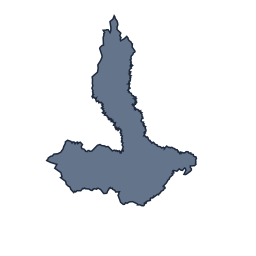 Babahoyo, Los Rios, Ecuador (orthographic projection), rotated 215°
{"feature_id": "8360857B44096543508351", "entity_name": "Babahoyo", "entity_type": "district", "adm_level": 2, "iso_a3": "ECU", "parent_name": "Ecuador", "parent_adm1": "Los Rios", "projection": "orthographic", "projection_center": [-79.421, -1.876], "detail": "fine", "context": "isolated", "style": "filled", "palette": "slate", "viewbox_px": 256, "rotation_deg": 215, "n_neighbors": 0, "source": "geoboundaries", "source_scale": "gbopen_adm2", "svg_char_len": 5889}
<svg xmlns="http://www.w3.org/2000/svg" viewBox="0 0 256 256"><g transform="rotate(215 128 128)"><path d="M124.4,147.2L125.8,147.5L125.6,148.3L126.4,147.9L126.5,148.5L127.1,148.4L127.5,149.1L127.7,148.5L129.0,148.7L128.9,148.2L130.5,148.8L131.9,148.2L132.2,147.4L132.6,148.0L133.2,147.2L133.6,148.4L134.1,148.0L134.4,148.7L137.4,149.4L137.4,150.0L137.9,150.0L137.7,150.4L136.1,150.5L136.3,151.1L135.6,151.6L136.5,152.4L135.9,152.8L136.5,153.2L135.8,153.8L136.6,154.1L136.5,154.7L137.3,154.5L137.7,155.4L138.0,154.8L138.4,155.4L139.3,155.4L138.6,155.8L139.0,156.3L138.6,156.9L139.2,156.8L139.3,157.8L141.0,157.2L141.1,156.9L142.0,157.5L143.2,156.9L145.2,158.2L147.2,157.8L147.6,158.4L148.3,158.0L148.5,158.6L149.4,159.2L149.8,159.0L149.7,160.5L149.2,161.3L150.1,161.4L149.8,162.0L150.5,162.1L152.0,164.4L153.0,164.1L152.6,164.6L153.0,165.1L152.2,165.4L153.6,166.4L153.9,167.4L153.2,167.8L154.1,169.6L154.9,169.8L154.8,170.4L155.4,170.8L155.0,171.4L156.4,172.0L155.9,172.6L157.5,172.5L157.5,173.4L156.9,173.6L158.3,173.6L157.7,174.3L158.4,174.7L157.8,175.1L158.0,175.6L158.5,175.2L159.8,175.4L160.2,177.2L159.6,179.0L160.5,179.6L160.3,180.9L161.1,180.0L161.4,181.2L161.0,182.0L161.7,182.2L162.1,181.3L162.4,182.6L163.4,183.1L163.1,183.9L165.2,185.0L164.7,185.4L165.2,186.7L166.2,187.6L166.6,189.1L166.2,190.8L166.7,192.7L166.0,194.0L166.3,194.9L170.9,196.6L172.6,199.3L172.9,199.0L175.0,200.2L177.2,200.2L178.7,200.8L179.6,201.7L181.6,202.3L182.3,198.9L184.1,195.2L185.3,196.4L185.7,197.2L185.4,197.9L187.7,198.9L188.3,201.6L193.4,202.4L194.9,204.4L195.5,206.7L197.0,208.3L198.7,209.5L201.4,210.4L202.6,211.6L203.7,212.0L202.8,208.6L203.8,204.8L199.4,200.2L197.9,197.8L197.4,195.8L200.5,197.1L201.7,196.4L202.0,195.7L204.4,193.8L201.8,192.7L201.9,191.3L201.0,190.3L200.3,187.9L195.6,181.8L196.5,180.8L197.1,178.1L196.8,176.9L190.8,172.4L189.9,171.1L189.1,167.4L188.9,162.4L186.7,159.8L185.0,156.2L186.7,149.3L184.9,147.4L182.7,144.0L181.0,142.4L180.4,139.9L178.0,138.4L177.9,137.4L177.0,136.9L176.8,136.3L175.5,135.7L175.9,135.1L175.5,134.8L175.7,133.3L174.4,132.6L174.4,133.3L174.0,132.9L173.4,133.6L172.7,133.3L172.0,133.7L171.3,133.3L171.1,134.1L170.7,132.8L169.0,131.6L168.0,133.0L166.3,132.0L166.1,132.8L164.9,132.9L164.7,133.6L162.5,133.2L162.9,132.5L161.9,132.4L162.1,131.4L160.6,131.1L161.2,129.2L159.6,129.5L160.0,128.9L159.7,128.7L157.3,128.2L157.8,125.9L156.6,125.8L155.2,127.5L154.7,125.1L152.5,126.1L151.2,125.2L150.2,125.5L149.7,124.8L148.6,125.3L149.2,124.1L148.5,123.9L147.3,124.5L146.7,125.5L145.5,123.6L144.8,124.2L144.9,125.5L143.2,124.0L141.3,125.2L140.8,124.1L141.6,123.0L141.4,122.0L140.4,122.7L139.0,121.2L138.1,121.8L137.8,119.9L137.4,121.8L136.7,121.3L136.7,120.1L136.2,120.4L135.8,122.0L135.4,120.7L134.8,120.3L134.5,121.1L134.9,122.5L133.2,122.7L132.7,121.9L131.7,121.8L131.9,120.0L131.2,119.4L130.2,119.8L129.7,118.0L128.0,118.2L127.4,115.9L126.5,115.9L126.1,114.1L125.3,113.9L125.4,112.9L123.7,112.9L123.1,110.7L121.0,109.8L120.4,107.3L119.0,106.9L118.8,106.3L120.1,106.3L119.8,105.2L120.5,104.7L119.6,104.2L119.4,103.4L120.3,103.2L120.4,104.1L121.3,103.9L122.1,104.3L122.5,103.4L123.4,103.3L123.4,102.8L124.6,103.0L125.2,102.0L126.0,102.3L126.7,101.8L127.7,100.3L133.6,101.4L135.6,99.8L136.7,100.0L139.4,98.5L141.5,98.4L143.1,96.3L144.4,88.5L145.8,87.0L147.0,87.2L147.8,86.6L148.0,85.2L149.5,84.6L149.8,85.0L152.1,85.4L153.8,84.6L155.6,85.9L155.8,88.3L158.9,89.0L159.9,87.6L160.7,87.5L160.0,86.7L160.2,86.3L161.5,87.2L162.3,86.1L162.4,85.0L161.9,84.2L163.9,85.6L165.2,85.0L165.2,83.6L167.0,84.3L170.5,83.3L171.3,80.7L170.5,79.4L170.0,75.9L169.2,73.7L169.2,69.5L170.8,66.6L173.7,64.1L174.0,61.6L175.1,60.5L176.1,57.7L175.8,57.1L175.9,54.7L171.7,55.4L165.4,57.4L164.9,53.0L157.4,53.0L154.1,50.2L154.8,48.7L148.5,48.5L146.3,46.5L143.3,46.1L142.2,46.4L140.9,46.0L139.9,45.0L135.4,44.0L135.4,45.5L134.2,45.6L133.8,47.4L130.7,49.5L130.4,52.6L129.4,52.8L129.0,54.0L128.0,53.8L125.1,55.6L122.7,55.7L121.5,56.3L121.4,58.6L121.1,58.0L120.8,59.0L118.5,59.9L118.7,60.8L117.9,61.5L115.1,61.9L110.3,60.4L108.3,62.0L108.0,62.7L108.7,65.2L108.4,66.6L108.9,67.1L108.5,69.0L107.3,68.7L106.4,69.7L105.6,69.0L102.9,69.3L101.3,68.5L98.5,70.8L98.4,69.7L97.5,68.1L97.7,67.3L91.4,62.9L88.1,62.7L87.1,63.5L87.1,65.4L85.6,65.8L84.3,68.5L81.8,70.4L76.8,71.2L76.2,71.0L76.1,70.5L74.1,72.0L72.3,72.2L70.6,73.3L70.5,74.6L71.5,75.7L71.2,76.3L70.8,76.1L70.2,76.6L70.1,77.2L70.8,77.6L70.2,79.3L68.2,81.4L68.3,82.0L69.2,82.5L69.1,83.9L68.1,84.5L68.1,85.1L67.6,85.1L67.3,86.1L67.6,86.7L67.1,86.6L65.8,90.5L64.6,90.8L64.9,92.3L64.3,93.5L64.6,95.1L63.4,97.4L63.7,98.4L63.1,99.8L63.6,100.6L64.7,100.7L65.6,100.2L65.8,100.6L65.1,104.8L65.4,108.6L64.9,109.9L65.5,111.3L64.5,115.4L65.8,116.1L64.7,117.5L65.7,118.4L66.7,118.3L66.7,118.8L66.2,119.5L63.1,120.7L62.6,123.9L60.5,123.8L59.1,124.5L58.7,127.7L57.9,127.8L56.3,126.6L55.6,122.1L54.4,122.7L53.7,123.7L52.1,128.4L52.0,129.9L52.6,130.9L54.6,131.6L55.2,132.6L52.0,135.2L51.6,136.5L51.6,137.5L52.7,138.0L52.8,139.0L54.4,140.7L54.4,142.2L55.8,143.3L57.2,142.6L58.4,142.8L59.3,143.7L61.4,142.8L62.2,143.6L63.8,142.4L65.2,143.0L66.8,142.0L67.2,140.3L68.6,139.2L70.0,139.0L70.0,137.5L71.1,138.2L71.2,136.8L72.3,137.5L73.2,137.1L73.5,137.9L74.4,137.8L75.2,138.4L77.0,137.4L77.8,137.9L79.7,137.3L80.7,137.4L81.6,136.9L81.8,136.1L82.9,136.0L83.4,135.4L86.0,135.3L86.3,131.7L87.0,132.6L88.0,132.5L88.8,131.0L90.7,131.2L93.5,130.0L94.5,130.9L96.3,130.2L98.9,130.9L99.7,129.3L100.4,130.0L101.6,129.7L102.5,130.3L102.6,129.9L104.9,130.4L106.1,131.5L107.2,131.7L107.7,130.8L109.2,131.3L110.6,130.6L110.9,132.8L111.9,133.3L111.1,133.9L112.0,134.5L111.4,135.1L111.7,136.1L112.9,137.3L113.4,137.2L114.2,138.6L115.2,138.6L114.8,139.1L116.2,139.0L116.4,139.5L117.1,139.1L117.7,139.8L117.5,140.5L118.1,140.3L118.7,141.7L120.0,140.9L121.4,141.2L122.1,144.1L121.4,144.5L122.3,145.4L122.7,145.1L124.4,147.2Z" fill="#64748b" stroke="#1e293b" stroke-width="1.5"/></g></svg>